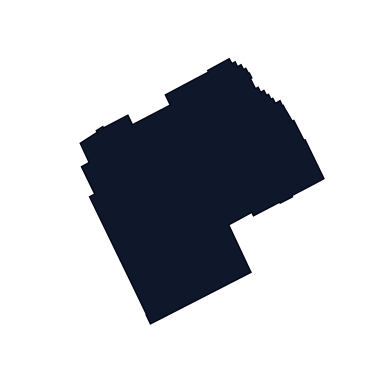 Olavarría, Buenos Aires, Argentina, rotated 288°
{"feature_id": "61730980B42812082725449", "entity_name": "Olavarría", "entity_type": "district", "adm_level": 2, "iso_a3": "ARG", "parent_name": "Argentina", "parent_adm1": "Buenos Aires", "projection": "robinson", "projection_center": [-60.4, -36.859], "detail": "fine", "context": "isolated", "style": "filled", "palette": "ink", "viewbox_px": 384, "rotation_deg": 288, "n_neighbors": 0, "source": "geoboundaries", "source_scale": "gbopen_adm2", "svg_char_len": 926}
<svg xmlns="http://www.w3.org/2000/svg" viewBox="0 0 384 384"><g transform="rotate(288 192 192)"><path d="M53.8,193.2L133.9,272.9L136.0,270.8L172.1,237.0L191.2,255.2L188.4,257.8L209.5,278.5L208.7,279.3L218.5,289.0L219.5,288.1L239.0,307.1L245.5,313.3L276.6,283.4L275.7,282.5L291.5,266.7L290.2,265.5L298.3,256.5L298.5,256.0L302.5,252.0L301.9,251.4L306.0,247.5L302.1,244.0L306.0,239.9L304.5,238.5L308.5,234.6L306.8,233.0L310.8,229.0L308.0,226.5L312.0,222.5L310.1,220.8L310.2,220.1L313.8,216.5L317.8,212.6L319.0,213.6L322.8,209.8L322.2,209.2L326.2,204.9L324.3,203.3L328.2,199.3L325.1,196.6L329.1,192.8L326.4,190.3L330.2,186.2L312.4,169.4L311.2,170.7L299.3,159.0L299.2,159.0L276.1,136.7L268.0,144.5L237.5,114.6L245.2,107.3L225.5,88.0L226.6,87.0L220.8,82.1L219.6,83.5L203.8,70.7L188.3,85.1L181.9,79.1L160.0,100.2L155.8,96.1L86.4,162.8L61.2,186.9L60.9,186.5L53.8,193.2Z" fill="#0f172a" stroke="#020617" stroke-width="1.5"/></g></svg>